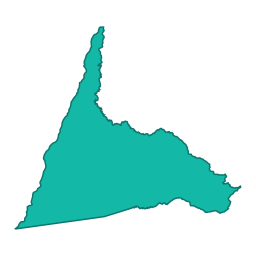 the district of Pium, Tocantins, Brazil
{"feature_id": "56859067B30046930034094", "entity_name": "Pium", "entity_type": "district", "adm_level": 2, "iso_a3": "BRA", "parent_name": "Brazil", "parent_adm1": "Tocantins", "projection": "orthographic", "projection_center": [-49.76, -9.946], "detail": "fine", "context": "isolated", "style": "filled", "palette": "teal", "viewbox_px": 256, "rotation_deg": 0, "n_neighbors": 0, "source": "geoboundaries", "source_scale": "gbopen_adm2", "svg_char_len": 5852}
<svg xmlns="http://www.w3.org/2000/svg" viewBox="0 0 256 256"><path d="M68.8,112.0L67.3,113.8L67.6,114.9L65.0,117.4L63.4,119.9L62.2,122.7L61.8,126.3L60.2,129.3L60.0,130.1L60.3,131.3L59.6,132.9L58.6,134.3L58.1,137.9L56.9,140.6L55.4,142.1L53.3,143.0L51.7,144.2L49.7,146.5L49.0,148.9L48.0,150.1L46.5,151.2L44.5,154.5L43.6,157.5L43.6,158.8L44.0,159.8L44.7,160.2L46.0,166.5L45.4,168.5L43.7,171.5L42.6,176.3L41.4,179.6L40.2,181.8L40.0,182.8L40.9,185.7L40.7,186.3L39.4,187.5L37.8,188.6L36.8,190.9L33.4,192.6L32.8,194.4L32.6,197.0L31.3,201.6L31.3,202.4L32.1,204.7L31.3,205.4L29.1,205.6L27.3,206.9L27.3,208.5L27.6,209.8L26.5,211.9L26.9,215.0L26.1,216.6L24.9,218.1L24.7,219.4L24.8,220.4L24.5,221.0L23.6,221.7L21.1,221.8L19.7,223.2L19.0,224.4L18.2,226.5L15.4,228.7L15.7,228.9L104.3,216.6L132.0,208.0L132.4,207.3L134.3,207.8L134.7,207.2L135.5,207.1L135.4,206.5L136.6,207.0L136.9,206.8L136.9,206.3L138.0,206.5L138.7,207.6L139.3,207.8L139.5,208.2L140.2,208.6L140.7,208.5L140.8,208.0L141.2,207.8L141.8,207.9L142.3,208.4L142.7,207.7L143.8,207.9L143.8,208.5L144.5,208.7L147.6,208.3L147.3,207.6L147.9,207.3L149.5,207.9L150.6,206.8L151.1,207.3L151.6,206.8L152.3,206.9L152.6,207.3L154.1,206.6L154.8,206.7L155.9,206.1L159.4,202.8L159.9,202.8L160.3,203.4L162.4,204.2L163.0,203.5L164.4,202.8L165.2,203.8L166.3,204.4L166.9,204.4L166.8,203.9L167.7,203.9L171.2,200.8L172.1,200.5L172.8,199.7L174.1,199.0L177.3,197.8L178.2,198.1L178.5,197.8L179.2,197.7L181.4,198.2L182.2,199.3L183.5,199.3L186.3,201.1L189.4,201.8L189.8,202.1L190.4,205.4L190.8,205.7L194.1,205.8L194.6,206.3L198.2,208.1L199.6,208.2L200.5,209.0L203.3,210.1L205.5,212.3L207.0,212.4L207.9,212.0L210.5,211.8L213.1,211.0L214.7,210.9L215.2,210.6L216.9,211.0L217.2,211.6L220.1,213.2L220.8,212.5L222.0,212.5L223.5,211.8L224.2,211.9L228.4,208.7L227.8,208.0L227.8,207.4L229.0,206.2L229.8,204.5L230.6,201.8L228.4,199.5L228.3,198.7L228.8,197.8L230.0,196.4L230.3,195.4L233.2,193.6L233.6,192.5L234.6,191.8L234.8,191.2L235.8,190.8L237.1,190.8L238.3,188.5L240.6,187.4L240.4,186.2L239.7,186.5L238.0,188.0L237.1,187.6L234.3,188.0L233.2,187.8L232.6,187.3L231.4,187.2L230.7,186.8L229.8,185.7L230.1,185.4L230.0,185.0L228.4,183.9L228.2,182.9L227.4,183.0L225.5,183.9L223.8,183.5L223.5,183.8L222.8,183.0L223.7,182.1L224.9,181.5L225.2,180.5L224.7,179.4L225.0,177.9L226.4,176.8L226.5,176.1L225.7,175.6L225.4,174.5L225.1,174.2L224.0,175.0L220.0,174.9L219.1,175.1L218.6,174.9L218.2,174.4L214.6,174.3L213.7,173.8L213.7,172.2L213.3,171.7L213.0,171.4L210.9,171.4L210.4,171.1L209.4,169.4L209.3,168.8L210.0,167.3L209.7,166.6L209.6,164.2L208.1,163.4L206.1,161.4L204.3,160.6L202.8,159.1L201.4,158.9L200.1,158.0L199.2,157.9L197.9,158.2L196.3,157.9L195.6,157.5L195.5,157.1L194.7,156.6L194.1,156.7L192.0,155.9L191.2,154.3L189.3,154.3L188.3,153.6L188.3,151.4L187.3,148.9L187.4,147.7L185.8,144.6L184.4,143.4L183.9,143.3L181.7,140.4L181.0,140.3L180.6,139.8L179.8,139.6L177.4,137.0L176.5,136.8L176.3,136.5L175.4,136.6L173.9,135.5L173.5,135.5L173.1,135.1L173.0,133.6L172.3,132.8L171.0,132.5L170.1,133.1L169.4,132.7L169.2,131.7L166.5,132.2L165.5,132.1L165.3,131.6L164.8,131.4L164.6,130.7L163.8,129.8L163.2,129.5L162.3,129.6L161.5,128.5L160.8,128.5L159.4,129.2L159.1,130.0L158.3,130.0L157.9,129.7L156.7,130.4L156.1,131.0L155.9,131.7L154.8,132.3L154.5,133.4L153.6,133.2L152.8,133.5L151.5,134.9L150.6,134.8L149.2,135.7L148.7,135.6L148.3,135.1L147.6,133.8L146.1,133.8L144.8,134.7L143.9,134.4L143.5,133.9L143.1,134.3L142.6,133.9L141.9,134.2L139.4,133.1L139.3,132.7L138.2,132.0L137.3,132.6L136.2,132.0L135.4,131.0L134.3,131.1L134.0,130.8L134.4,130.0L133.4,128.9L131.6,128.4L130.5,128.5L130.7,127.3L129.4,126.3L129.2,125.1L128.3,124.8L127.1,121.7L125.3,121.2L124.4,121.6L123.6,122.5L123.0,121.9L122.3,122.0L121.8,122.4L121.3,123.8L120.5,124.3L120.9,125.2L120.2,125.1L119.5,124.4L116.8,123.5L116.2,124.2L115.1,123.7L114.1,124.1L113.6,125.1L113.2,125.2L112.7,124.9L112.1,123.9L112.2,122.4L111.5,120.6L111.0,121.0L110.2,120.6L109.9,120.1L109.4,121.2L108.2,120.7L107.8,120.3L108.3,120.3L108.1,119.9L107.4,119.7L106.8,118.6L106.9,118.2L106.1,117.2L105.4,116.6L103.7,115.9L103.7,115.2L104.1,114.9L103.1,114.8L102.8,114.4L103.1,113.6L102.6,113.4L102.3,112.5L101.9,112.7L101.9,112.1L101.5,111.9L101.8,111.5L101.3,111.5L101.1,111.0L100.6,110.9L100.6,110.3L101.0,109.8L101.5,109.6L101.7,109.2L101.1,108.0L100.7,108.0L100.5,108.9L100.0,108.9L99.7,108.6L99.8,108.0L99.2,108.0L99.1,107.3L98.0,106.8L97.7,106.4L97.3,106.4L97.3,106.0L97.7,105.8L97.0,103.7L96.2,103.7L95.7,104.1L95.3,103.9L95.4,102.2L94.4,101.7L94.4,101.1L94.9,100.8L95.6,101.1L95.9,100.9L95.9,99.8L96.5,100.4L97.1,100.6L97.8,100.1L98.0,98.1L97.8,97.5L97.1,96.1L95.3,94.7L94.8,93.6L95.5,93.1L96.4,93.4L97.1,91.8L98.2,91.2L98.9,91.3L98.9,90.7L98.4,90.3L98.7,89.9L99.7,89.6L99.2,89.2L99.0,87.4L99.7,86.4L100.3,86.5L100.4,84.3L99.0,79.5L99.4,78.3L100.4,77.7L100.5,77.0L101.1,77.2L101.3,76.5L101.1,76.0L100.0,75.2L100.6,74.5L101.1,74.4L100.4,72.8L99.9,72.3L99.6,70.1L98.9,70.1L98.9,69.6L99.5,69.5L101.3,65.8L101.1,65.0L100.5,64.9L99.7,65.4L99.3,66.0L98.2,65.7L98.1,65.2L99.5,63.8L101.2,63.1L102.0,62.4L100.8,59.9L101.5,58.0L101.4,56.5L101.2,55.5L100.5,54.8L100.4,52.2L99.1,50.3L98.7,49.3L99.5,48.3L101.9,47.4L102.6,46.7L102.1,44.4L102.8,43.2L102.7,39.9L104.1,37.5L103.9,36.2L102.7,34.9L102.3,34.0L102.6,32.7L104.1,30.6L103.6,29.7L103.4,28.8L103.5,27.1L100.7,27.1L99.7,27.5L99.3,28.0L98.5,30.5L98.5,31.9L98.2,32.3L96.2,34.1L95.3,34.3L93.6,35.3L92.9,37.0L91.8,38.6L91.1,41.7L91.5,47.1L90.7,48.0L89.8,51.0L87.5,53.5L86.3,55.3L85.4,58.7L84.2,61.5L84.5,62.2L84.2,63.5L84.6,64.0L84.8,65.0L83.9,65.6L83.9,66.2L85.8,68.7L86.2,69.6L86.4,71.4L85.9,72.4L84.7,73.5L84.0,75.2L84.0,78.3L81.8,80.6L81.2,82.1L79.7,82.6L79.6,83.0L79.4,86.8L79.0,88.0L78.0,89.7L77.9,92.6L77.7,93.0L76.8,93.1L76.5,95.0L73.6,98.3L72.2,100.9L71.4,101.5L70.6,106.1L70.1,107.7L69.1,109.2L68.8,112.0Z" fill="#14b8a6" stroke="#0f766e" stroke-width="1.5"/></svg>